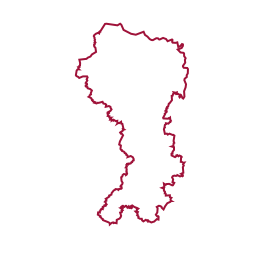 outline of Arteaga, Michoacán, Mexico, rotated 287°
{"feature_id": "50627088B17645051575060", "entity_name": "Arteaga", "entity_type": "district", "adm_level": 2, "iso_a3": "MEX", "parent_name": "Mexico", "parent_adm1": "Michoacán", "projection": "robinson", "projection_center": [-102.407, 18.388], "detail": "fine", "context": "isolated", "style": "outline", "palette": "rose", "viewbox_px": 256, "rotation_deg": 287, "n_neighbors": 0, "source": "geoboundaries", "source_scale": "gbopen_adm2", "svg_char_len": 5865}
<svg xmlns="http://www.w3.org/2000/svg" viewBox="0 0 256 256"><g transform="rotate(287 128 128)"><path d="M225.4,90.0L223.1,87.9L221.4,76.9L220.8,75.6L213.1,73.5L212.0,72.7L211.7,73.2L211.1,72.7L210.0,72.8L210.3,71.6L208.8,69.8L207.0,68.6L205.9,68.4L204.5,69.7L203.7,69.8L202.7,70.7L201.7,70.5L200.3,71.8L199.7,71.1L198.9,71.7L198.1,71.7L197.8,71.2L197.1,71.4L196.0,72.0L195.2,73.4L191.4,75.2L187.8,72.0L185.4,71.2L183.5,69.0L182.0,68.1L179.1,61.5L176.2,63.2L173.8,63.8L173.1,63.3L172.3,63.8L171.6,62.6L171.0,63.3L169.9,63.3L169.7,63.8L169.4,62.7L167.9,62.1L163.3,62.7L162.6,63.5L162.3,65.4L161.6,66.7L164.1,69.7L165.4,73.8L164.5,74.6L162.5,74.2L161.6,75.2L158.7,74.4L158.3,75.8L157.4,76.2L156.4,75.1L155.7,75.2L155.3,75.8L155.3,77.2L154.2,77.8L154.2,80.5L153.3,82.5L150.3,82.2L149.3,82.8L148.2,81.8L146.9,81.8L146.3,81.3L145.8,84.1L144.9,84.8L144.7,85.6L144.2,85.6L144.3,86.1L143.3,86.5L143.1,88.8L142.3,88.4L142.3,90.8L143.3,91.7L143.4,92.5L145.6,96.0L144.2,97.3L144.4,99.3L144.0,100.3L141.8,100.5L143.4,103.3L143.3,104.3L143.0,105.1L142.3,105.3L141.0,106.8L139.2,106.2L137.4,104.4L137.0,105.1L136.3,104.3L136.0,105.1L135.3,104.6L134.3,104.9L133.8,105.8L134.2,106.4L133.7,106.0L133.8,106.7L133.1,106.7L132.5,107.4L132.8,108.4L132.2,107.9L132.0,108.4L131.0,108.4L131.6,109.2L131.0,109.4L131.2,110.2L130.5,110.3L130.9,110.6L130.8,111.3L131.4,111.1L131.7,111.7L131.0,114.3L131.7,115.6L130.7,115.8L130.1,116.7L129.1,116.5L130.0,117.3L130.1,118.2L131.9,119.6L130.2,120.4L130.3,121.4L126.4,123.6L125.8,123.3L125.4,124.7L124.8,123.8L123.9,123.8L121.4,121.8L120.5,122.8L120.8,123.7L119.6,125.4L112.8,124.2L109.6,124.4L109.2,126.3L105.8,126.9L105.1,127.7L105.1,128.6L104.3,129.0L104.2,130.8L103.7,131.9L103.0,132.2L103.0,133.5L102.3,134.3L101.9,134.2L101.7,135.3L100.9,135.8L100.9,136.4L100.2,136.3L102.0,138.8L101.4,141.2L100.0,142.5L98.7,142.9L98.2,142.1L96.6,142.0L96.4,141.3L95.0,141.0L94.4,140.2L94.4,139.5L93.5,139.1L93.9,138.4L93.5,137.7L93.2,137.9L92.2,137.2L91.2,137.8L90.3,137.6L90.6,138.1L89.4,138.0L88.0,138.9L87.2,138.8L86.4,139.4L85.6,139.2L84.4,140.4L83.2,140.4L82.4,139.8L83.1,139.4L82.7,137.4L81.4,136.6L79.9,136.7L78.9,135.9L75.5,137.3L74.0,138.9L72.4,138.9L70.8,138.0L70.4,138.5L69.9,138.4L70.0,139.0L69.7,138.6L69.5,139.2L68.5,139.6L68.0,139.4L66.8,136.9L66.0,136.9L66.3,135.7L65.9,133.9L65.1,133.7L64.1,132.6L61.0,131.4L59.4,131.6L57.9,129.7L57.0,130.2L53.8,127.5L53.4,128.3L52.4,128.5L52.4,128.2L50.7,127.5L50.6,128.2L49.0,129.2L48.7,129.9L47.9,129.6L47.4,128.4L46.9,128.8L46.8,128.0L45.9,127.8L45.3,127.0L44.4,127.6L43.6,126.8L43.0,127.3L42.8,126.2L41.9,125.7L41.1,126.0L40.1,125.3L38.9,125.8L38.5,124.1L36.3,124.5L35.7,127.3L34.9,127.2L34.7,128.3L33.7,129.2L33.6,130.5L32.6,131.0L32.1,137.1L31.6,138.4L30.5,138.8L32.4,140.0L33.2,141.1L33.4,141.7L32.9,142.1L33.4,142.9L33.6,144.9L36.9,144.1L38.8,146.3L40.4,147.0L42.0,147.1L44.8,145.2L45.6,146.6L46.3,146.7L47.2,146.0L47.9,146.9L49.0,145.5L49.3,144.3L49.7,144.9L50.3,144.7L50.3,146.0L51.4,145.2L51.9,145.4L52.1,146.0L51.4,146.6L51.5,147.7L52.8,148.4L53.0,149.1L51.7,150.7L53.0,151.4L52.0,152.0L51.9,152.7L52.3,153.1L53.5,152.9L53.8,153.5L53.3,154.1L52.3,154.0L52.2,154.6L52.9,155.1L54.7,154.1L55.2,154.7L54.3,157.2L54.3,158.7L53.8,159.4L54.2,159.9L53.9,161.4L52.3,160.4L51.0,160.8L50.4,159.6L49.9,160.5L50.4,162.0L48.7,161.9L47.9,162.6L47.2,162.3L46.5,163.9L45.1,164.1L44.7,166.1L45.2,167.7L43.8,168.5L43.2,170.0L45.4,171.9L45.0,173.0L45.7,173.9L45.4,174.4L44.4,174.6L44.9,175.9L44.5,177.9L46.2,180.4L49.3,182.2L49.3,183.9L51.8,183.3L51.8,182.8L52.4,182.6L52.1,181.6L53.2,180.0L55.8,180.7L59.9,179.8L60.9,178.6L62.6,180.2L62.8,181.4L62.5,183.0L61.6,183.6L60.5,185.8L64.1,186.4L67.6,187.6L69.8,190.1L70.7,190.1L70.9,190.8L71.1,190.1L72.1,189.6L73.1,189.5L73.9,189.9L74.1,188.3L75.9,187.7L74.4,183.9L76.0,183.4L76.6,182.7L76.4,182.2L78.0,181.9L78.5,180.7L80.5,180.1L80.7,178.0L82.2,180.0L85.3,178.6L84.7,180.7L85.6,181.1L86.6,183.7L86.1,187.1L86.4,187.7L89.1,188.3L89.2,187.8L88.7,187.5L89.1,186.4L92.0,186.2L93.7,184.6L95.0,184.9L96.0,186.2L96.2,187.9L96.8,188.8L97.4,188.9L96.9,191.9L98.2,193.5L97.8,194.1L98.3,194.5L100.0,193.5L99.5,193.0L99.7,192.2L101.4,194.0L106.6,191.9L108.4,192.3L109.2,191.3L111.4,192.0L110.9,190.9L111.3,189.2L111.1,188.4L115.3,187.4L116.0,187.8L116.5,187.0L116.7,185.2L115.7,184.5L116.5,183.0L115.9,182.2L115.1,182.4L113.9,181.5L114.5,177.7L116.1,177.1L116.7,177.4L116.7,178.0L118.4,177.6L120.5,178.4L123.1,177.6L123.1,175.2L124.1,176.6L126.7,176.1L127.3,176.6L128.8,175.4L134.3,174.6L134.7,173.4L134.4,172.8L134.7,169.3L133.3,167.9L134.0,166.9L133.2,165.0L137.3,162.7L138.9,162.7L139.3,163.1L140.0,162.6L141.8,162.4L142.8,163.2L143.6,162.9L144.0,165.4L145.7,166.1L146.0,166.7L146.7,166.5L147.4,167.0L148.5,165.9L150.2,165.2L149.2,164.6L149.3,164.0L148.6,163.6L147.5,159.1L148.0,158.6L152.0,159.4L152.4,159.0L154.8,160.3L155.4,160.1L155.4,158.8L157.5,159.5L158.0,158.9L158.9,159.2L159.0,159.7L159.7,159.3L160.5,160.1L163.2,159.9L163.5,160.4L167.5,161.9L171.5,160.4L171.9,161.2L174.1,161.2L174.7,162.3L175.5,161.4L175.7,163.4L176.3,164.2L175.7,164.3L175.4,165.4L174.9,164.4L174.6,164.4L175.2,166.2L174.8,167.3L175.1,168.0L174.2,168.4L172.9,167.9L172.4,168.5L174.6,169.5L172.5,171.4L172.3,172.2L174.5,172.8L179.5,170.9L183.7,171.2L186.8,170.7L190.2,167.9L191.7,167.8L194.0,169.3L195.6,168.7L197.7,169.2L201.9,168.1L202.7,167.1L201.9,163.7L202.8,162.6L203.5,162.4L207.2,163.6L209.8,162.5L211.6,162.7L213.1,160.7L215.7,159.8L216.1,159.1L215.6,156.1L217.6,152.6L220.2,155.9L222.6,156.5L224.0,156.1L224.1,155.1L221.6,154.0L220.2,152.4L224.3,150.1L223.3,148.5L222.7,145.7L223.3,145.0L225.2,144.8L225.5,144.2L222.6,140.5L224.2,138.4L224.4,135.2L221.9,132.4L221.8,131.8L222.5,130.4L222.1,128.8L219.3,126.1L219.0,124.7L219.4,122.7L221.1,119.9L222.0,117.0L224.6,114.8L219.5,108.2L219.0,103.4L220.5,95.1L224.8,91.4L225.4,90.0Z" fill="none" stroke="#9f1239" stroke-width="2"/></g></svg>